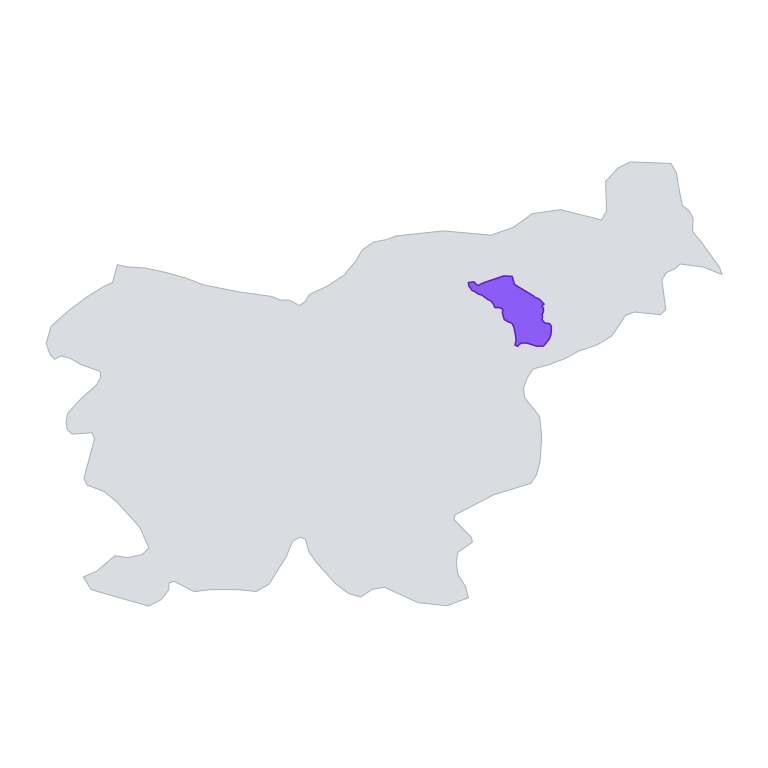 Slovenska Bistrica highlighted on a map of Slovenia
{"feature_id": "SVN-221", "entity_name": "Slovenska Bistrica", "entity_type": "Municipality", "adm_level": 1, "iso_a3": "SVN", "parent_name": "Slovenia", "parent_adm1": "", "projection": "albers", "projection_center": [15.549, 46.386], "detail": "fine", "context": "in_parent", "style": "filled", "palette": "violet", "viewbox_px": 768, "rotation_deg": 0, "n_neighbors": 0, "source": "natural_earth", "source_scale": "10m", "svg_char_len": 2644}
<svg xmlns="http://www.w3.org/2000/svg" viewBox="0 0 768 768"><path d="M721.9,274.4L702.8,267.0L679.9,264.0L675.7,268.2L666.5,272.5L661.9,280.0L665.8,309.6L660.3,314.7L634.2,312.0L625.6,315.4L611.6,336.1L597.1,344.8L578.6,351.1L565.0,358.6L547.7,365.1L533.0,369.0L527.2,378.0L523.6,388.0L524.6,397.5L539.6,416.5L541.7,436.7L540.1,461.4L536.6,474.6L530.7,483.4L493.6,494.8L455.0,514.9L454.1,519.6L471.6,537.7L472.3,542.2L457.7,552.4L456.3,562.6L457.9,574.5L465.6,586.8L468.4,597.8L447.0,605.7L418.2,602.7L384.2,587.1L372.3,589.3L360.6,597.1L348.8,593.6L335.9,584.0L317.8,564.2L309.0,552.0L305.5,539.2L300.5,537.2L292.8,540.9L286.4,556.4L269.0,584.1L256.3,591.5L237.3,589.6L210.7,589.6L194.1,591.6L174.0,581.3L169.0,583.1L168.9,589.6L161.1,599.7L148.5,606.1L91.2,589.7L83.4,577.0L96.5,571.3L114.9,555.7L127.1,557.7L142.2,554.6L148.9,547.9L139.8,527.3L116.5,501.5L104.1,491.6L86.8,484.9L84.0,478.0L94.6,438.5L91.9,432.7L72.0,434.1L67.5,429.8L66.0,422.9L67.6,413.5L81.3,398.4L96.5,385.0L100.7,377.4L100.3,371.4L81.5,364.8L70.2,358.3L61.2,355.9L54.9,359.2L50.4,355.2L46.1,343.6L51.1,326.3L68.6,310.6L87.2,296.8L103.3,286.7L112.6,282.5L117.3,264.7L126.7,266.8L145.5,268.1L166.3,272.6L185.7,278.0L202.8,284.7L238.7,291.9L271.4,296.4L281.3,300.2L289.4,300.0L299.3,305.6L305.2,301.5L309.5,294.4L327.5,286.0L344.1,275.1L355.8,261.0L362.3,249.9L373.7,242.0L385.7,239.8L396.7,235.9L443.1,230.9L490.7,235.2L513.4,227.4L532.1,213.7L559.4,209.8L560.8,209.7L601.7,220.0L604.8,213.9L606.5,211.2L605.6,181.4L618.4,167.7L630.3,161.9L670.9,163.5L676.3,172.5L678.6,186.7L682.4,205.7L689.3,210.9L693.1,218.3L692.5,231.4L700.6,241.2L719.6,267.5L721.9,274.4Z" fill="#d9dde1" stroke="#a8b0b8" stroke-width="1"/><path d="M515.0,345.0L516.1,340.1L515.5,335.3L514.0,327.5L512.5,324.1L510.6,322.5L509.0,322.3L504.3,319.5L503.0,315.7L502.4,312.8L502.7,310.0L502.5,309.2L501.5,308.4L498.5,307.5L497.0,307.6L495.8,307.8L495.1,307.5L494.5,306.9L493.9,305.1L493.2,303.8L490.9,301.0L487.1,299.1L481.8,295.0L478.3,294.1L475.3,291.9L472.0,290.4L470.5,288.2L469.0,286.4L468.3,282.6L473.4,281.8L474.5,282.4L477.2,285.1L478.2,285.3L479.5,284.9L480.2,284.3L484.0,282.6L503.8,275.9L512.2,276.4L513.5,280.9L514.0,282.9L514.0,283.6L516.0,285.4L533.8,296.1L534.2,297.1L536.7,297.9L539.7,299.4L544.0,304.1L541.8,306.1L542.2,306.8L543.5,307.9L543.5,308.2L543.2,309.2L543.6,310.8L542.9,313.1L542.0,314.5L542.6,316.9L541.9,318.7L542.5,320.4L544.6,322.8L548.7,323.5L550.2,324.2L551.4,326.5L551.3,330.1L551.0,334.5L550.0,337.0L549.3,339.0L543.5,346.1L536.7,346.2L527.1,343.1L522.6,343.0L520.3,343.7L519.0,344.5L517.8,346.3L515.0,345.0Z" fill="#8b5cf6" stroke="#5b21b6" stroke-width="1.5"/></svg>